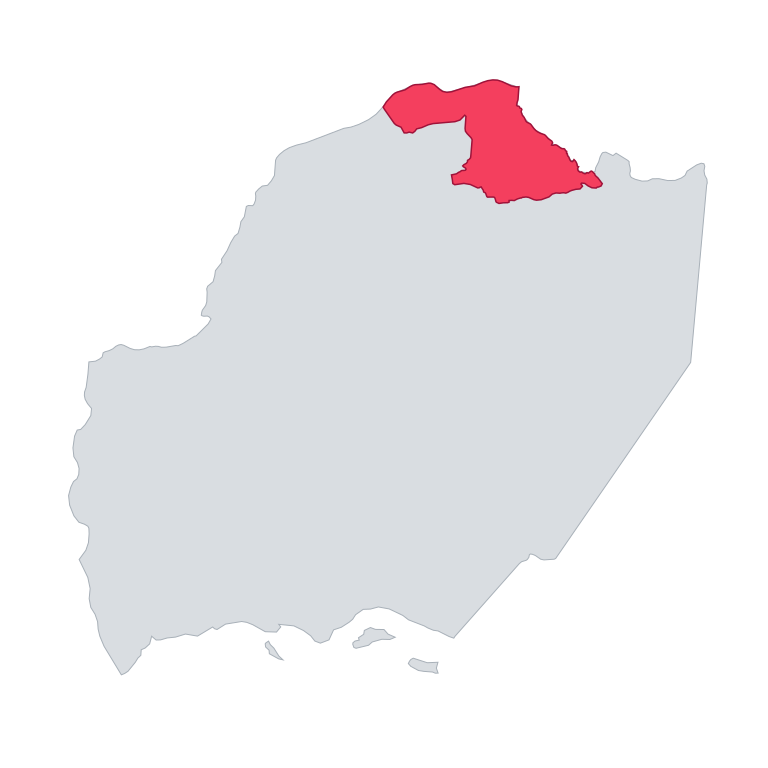 Kigoma highlighted on a map of United Republic of Tanzania, rotated 95°
{"feature_id": "TZA-3363", "entity_name": "Kigoma", "entity_type": "Region", "adm_level": 1, "iso_a3": "TZA", "parent_name": "United Republic of Tanzania", "parent_adm1": "", "projection": "albers", "projection_center": [30.566, -4.821], "detail": "fine", "context": "in_parent", "style": "filled", "palette": "rose", "viewbox_px": 768, "rotation_deg": 95, "n_neighbors": 0, "source": "natural_earth", "source_scale": "10m", "svg_char_len": 6728}
<svg xmlns="http://www.w3.org/2000/svg" viewBox="0 0 768 768"><g transform="rotate(95 384 384)"><path d="M273.9,556.8L264.8,551.9L256.5,549.0L249.7,545.7L246.7,542.5L240.3,541.2L234.7,540.7L229.6,537.7L219.1,536.6L218.0,534.7L217.8,530.3L216.0,529.1L212.1,528.0L208.0,528.1L205.5,528.7L204.0,528.4L200.6,525.8L197.4,522.5L196.2,517.3L191.4,513.9L185.9,511.3L170.5,511.5L168.1,510.7L164.4,508.1L160.1,503.7L156.7,498.7L153.6,491.9L150.5,482.8L132.8,446.3L131.0,439.4L127.6,431.7L121.9,422.3L115.9,415.3L107.7,409.0L98.5,402.7L93.5,398.5L84.0,381.3L82.0,373.2L80.5,364.9L81.1,361.5L87.1,350.7L87.7,347.7L86.9,343.6L84.0,335.1L80.3,324.7L72.7,305.8L71.6,301.0L71.7,297.4L76.1,278.2L76.0,275.5L93.8,275.8L106.8,267.4L118.1,254.8L120.4,249.5L125.0,241.4L129.5,237.4L131.2,234.6L133.8,226.6L139.7,221.1L145.5,216.9L144.3,214.0L145.2,212.9L148.4,210.7L154.5,208.8L155.7,204.6L155.7,199.8L154.7,197.1L154.9,194.0L153.9,192.3L149.9,191.9L144.0,189.5L138.9,188.5L135.5,187.1L134.3,186.1L133.7,183.2L136.5,175.8L133.8,172.9L140.0,160.6L141.1,159.2L143.3,159.0L146.9,157.7L150.2,157.1L152.9,157.5L154.9,157.0L156.7,155.7L158.2,151.5L159.4,144.6L158.7,139.0L156.2,134.6L155.5,128.0L156.6,119.1L155.8,111.7L152.9,105.8L150.0,102.3L145.5,100.6L138.5,91.6L136.4,87.2L136.7,84.5L139.2,83.4L143.7,83.8L147.9,82.7L151.8,80.2L155.6,79.5L157.6,79.9L335.8,80.4L542.9,197.8L543.7,199.2L545.3,209.3L544.9,212.6L541.6,218.4L540.7,221.4L540.6,223.4L541.4,224.3L544.1,224.6L546.4,226.0L547.3,227.1L549.0,231.4L551.2,233.6L629.3,291.4L631.1,292.3L629.9,297.1L625.3,308.6L625.0,313.4L623.2,319.1L621.5,322.8L616.8,339.0L612.9,345.1L607.6,359.3L606.6,370.2L609.4,377.9L610.3,385.1L616.3,392.2L621.1,394.7L624.4,398.0L630.1,405.4L633.3,412.8L643.7,416.5L647.7,424.8L646.1,430.5L641.2,435.1L636.6,442.7L632.8,452.7L632.6,467.9L635.0,465.7L640.5,469.5L641.1,480.7L635.2,493.8L633.4,499.9L633.0,505.1L637.0,520.9L643.1,528.9L642.6,531.4L641.0,533.5L651.4,547.8L650.4,560.0L654.3,569.6L655.9,577.9L658.4,584.3L658.9,588.7L655.5,593.5L663.3,594.8L667.8,598.9L669.9,602.7L675.5,602.6L678.5,605.3L682.9,607.5L692.5,614.0L695.0,617.2L696.6,620.3L669.7,640.0L660.0,645.1L653.1,647.4L645.7,648.6L638.7,651.7L632.1,656.6L623.6,659.0L613.4,658.9L602.5,662.2L585.4,672.4L575.6,666.5L567.9,664.6L559.0,664.7L553.5,665.4L551.5,666.6L549.8,670.1L548.3,675.9L542.4,681.4L532.1,686.6L522.6,688.5L514.0,687.0L508.2,684.8L505.2,681.6L500.7,680.2L494.7,680.4L489.0,682.5L483.5,686.6L474.8,688.3L462.9,687.7L456.6,685.6L455.7,682.2L450.5,678.1L441.0,673.3L433.9,673.2L429.4,677.6L425.2,680.4L421.5,681.5L418.1,681.6L413.3,680.4L400.1,679.8L387.7,679.9L386.4,673.4L383.9,669.5L381.6,667.1L377.4,666.5L376.2,664.7L374.7,660.7L372.6,657.2L369.8,654.4L368.2,651.7L367.6,649.3L368.1,646.6L370.7,640.0L371.6,635.5L371.3,630.8L369.9,626.1L367.0,620.4L367.3,618.7L366.3,614.9L366.2,612.2L366.8,608.8L366.3,604.3L363.8,594.8L363.8,592.4L361.1,587.8L352.9,576.9L352.5,575.4L339.5,564.4L334.3,562.0L332.4,564.0L331.7,565.9L332.2,569.4L331.9,571.2L331.4,572.0L328.3,571.8L326.3,571.4L321.4,568.5L317.6,567.7L308.0,568.2L304.7,568.9L302.0,568.2L297.0,563.2L291.1,562.1L285.7,561.8L277.0,556.1L273.9,556.8ZM645.6,376.6L649.7,388.8L649.1,391.0L646.1,392.4L644.5,392.4L642.6,390.5L641.3,386.4L639.0,387.3L635.1,382.4L631.2,382.1L627.8,376.3L629.2,371.2L628.6,362.6L632.8,358.2L635.3,350.8L638.0,355.9L638.5,363.9L642.0,373.2L645.6,376.6ZM667.3,304.9L667.6,307.8L666.7,310.5L666.8,319.1L666.4,324.7L663.0,332.6L660.4,335.4L658.0,334.5L656.1,333.2L654.6,331.0L657.9,316.6L656.5,306.0L662.5,307.1L667.3,304.9ZM656.3,479.0L653.2,479.7L652.1,479.0L650.2,476.6L653.5,474.6L656.7,470.7L664.1,465.1L667.6,460.6L667.0,465.0L662.7,474.7L659.2,475.3L656.3,479.0Z" fill="#d9dde1" stroke="#a8b0b8" stroke-width="1"/><path d="M72.7,306.7L71.6,302.2L71.4,297.4L72.5,292.6L75.9,283.3L76.5,278.5L76.3,276.2L76.1,275.5L89.3,275.3L92.1,276.0L94.4,276.1L94.7,276.2L95.3,275.7L95.5,275.1L95.5,274.4L95.7,273.6L96.1,273.2L97.1,272.8L97.3,272.3L97.5,271.4L97.6,271.2L98.5,270.6L99.1,270.7L99.7,271.0L100.7,271.1L101.1,271.0L104.2,269.6L106.2,267.6L108.1,266.5L108.7,266.1L109.9,265.4L110.7,264.5L112.1,261.0L112.7,260.2L116.5,256.9L118.2,254.9L119.6,252.6L119.7,252.2L120.6,250.1L121.6,246.0L122.3,244.8L125.2,241.8L127.4,238.0L128.8,237.1L131.4,237.9L131.5,236.9L131.4,236.0L131.0,235.2L130.8,234.2L130.9,233.1L131.3,232.1L133.6,228.4L134.0,227.3L134.0,226.3L133.9,225.2L134.2,224.5L135.8,223.4L135.9,223.1L136.2,222.5L136.3,222.3L137.2,222.1L137.4,222.2L137.4,222.3L138.5,222.2L138.6,221.6L138.7,221.4L140.2,221.1L140.6,220.9L141.1,220.5L141.8,219.7L144.5,218.4L145.9,217.0L146.0,215.5L144.3,214.5L143.9,214.3L144.9,213.1L146.0,212.1L147.3,211.3L148.8,210.7L149.5,210.6L150.1,210.3L150.4,209.8L150.6,209.1L152.1,209.9L153.7,209.7L155.0,208.8L155.9,207.2L155.9,206.9L155.6,205.9L155.6,205.5L156.4,204.3L156.9,203.0L157.0,202.3L156.9,201.6L156.7,201.2L156.0,200.6L155.7,200.2L155.8,199.9L156.1,199.1L156.1,198.8L155.5,198.0L154.1,196.7L153.8,195.9L154.2,195.0L156.0,192.9L156.1,192.6L157.6,191.9L158.8,190.6L159.8,189.1L165.4,184.0L167.8,185.0L169.1,187.5L169.2,188.4L169.6,189.1L170.0,189.3L170.3,189.7L170.4,194.0L168.8,198.1L166.7,201.4L166.6,204.5L167.1,205.1L167.8,205.1L168.6,204.2L169.7,203.5L172.6,205.7L173.3,209.8L174.7,213.7L175.7,215.7L177.0,217.5L178.0,219.5L177.8,221.6L178.1,223.5L178.6,225.4L178.7,229.3L180.1,232.9L183.2,235.9L186.7,243.4L187.6,248.1L187.3,250.8L185.5,256.1L185.3,258.9L185.7,260.6L186.0,262.4L186.7,263.3L186.8,264.2L188.0,267.2L189.9,270.2L189.9,272.8L190.3,275.4L191.9,275.2L192.6,276.6L193.1,280.9L194.1,285.2L193.2,287.7L192.7,288.3L189.5,289.5L188.5,290.2L188.2,291.2L188.8,297.2L188.3,297.9L185.7,299.1L184.7,299.7L184.5,300.1L184.3,301.0L184.0,301.4L183.6,301.6L182.3,302.0L179.5,304.2L179.2,304.4L179.5,305.3L180.2,306.2L180.5,307.7L177.7,315.4L177.2,321.9L179.3,330.9L178.3,332.9L174.2,333.8L169.8,335.0L168.4,330.4L167.9,329.6L167.0,328.6L166.7,328.3L166.0,326.9L165.6,326.4L165.2,326.0L164.8,325.6L164.5,324.9L164.2,322.5L163.9,321.5L162.9,321.0L161.9,321.5L160.7,323.8L159.9,324.6L158.6,323.6L157.0,321.2L155.6,320.3L155.2,320.2L154.4,320.3L154.0,320.3L153.6,319.9L152.8,318.7L151.1,317.5L148.5,317.4L132.9,317.5L131.0,318.8L127.3,323.0L125.1,324.9L122.3,325.5L110.2,325.7L109.2,327.0L114.4,331.3L116.5,336.2L120.3,357.8L121.9,362.5L125.3,368.8L127.0,373.7L129.6,375.3L131.4,377.3L130.9,380.9L131.9,383.2L132.1,385.8L126.7,389.4L125.0,394.4L123.6,396.4L110.2,407.6L108.2,409.0L102.7,406.2L95.2,400.5L93.4,398.6L92.1,396.4L89.2,388.8L85.4,383.9L83.8,381.2L83.1,379.0L82.2,372.2L80.4,365.8L80.3,363.6L81.4,360.0L85.6,354.3L87.4,351.1L88.0,346.7L86.9,341.9L81.4,329.0L79.1,319.8L74.7,311.7L72.8,307.1L72.7,306.7Z" fill="#f43f5e" stroke="#9f1239" stroke-width="1.5"/></g></svg>